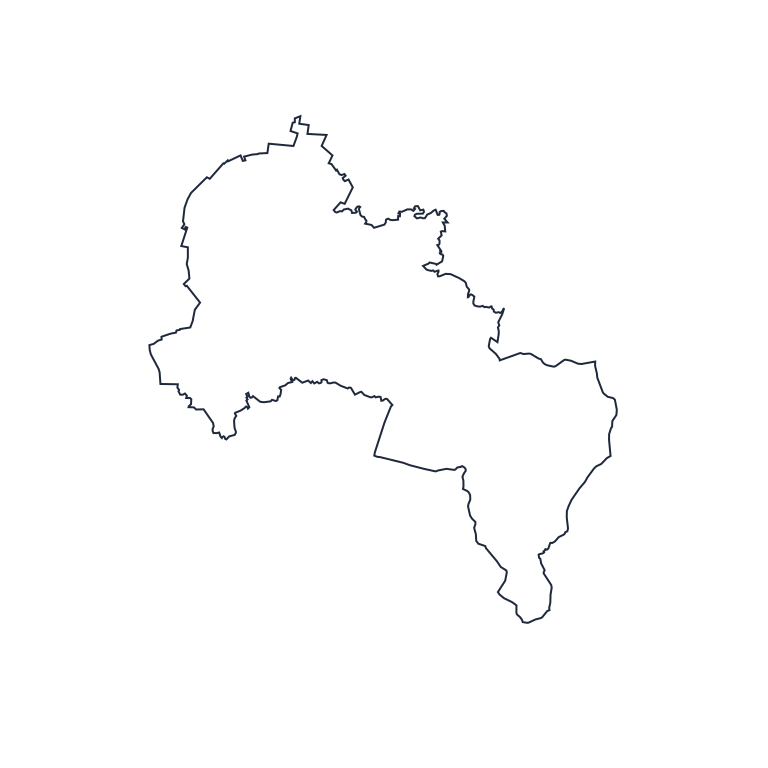 outline of Thach That, Ha Noi, Vietnam, rotated 245°
{"feature_id": "81297802B69837826881440", "entity_name": "Thach That", "entity_type": "district", "adm_level": 2, "iso_a3": "VNM", "parent_name": "Vietnam", "parent_adm1": "Ha Noi", "projection": "robinson", "projection_center": [105.527, 21.024], "detail": "fine", "context": "isolated", "style": "outline", "palette": "slate", "viewbox_px": 768, "rotation_deg": 245, "n_neighbors": 0, "source": "geoboundaries", "source_scale": "gbopen_adm2", "svg_char_len": 6166}
<svg xmlns="http://www.w3.org/2000/svg" viewBox="0 0 768 768"><g transform="rotate(245 384 384)"><path d="M109.6,409.1L107.1,412.7L106.6,414.3L106.6,421.8L105.6,427.0L105.7,428.7L109.2,435.9L109.1,438.4L111.2,439.0L115.5,442.3L122.5,445.8L128.5,449.9L131.1,450.6L144.8,448.7L146.0,449.2L147.3,450.9L154.9,450.6L159.6,451.8L160.9,451.1L164.0,452.0L164.1,453.2L163.4,456.2L163.7,457.9L164.9,457.9L165.2,459.6L166.0,460.1L166.1,460.6L165.0,461.6L165.4,463.4L169.6,467.4L169.6,468.2L168.8,469.1L169.0,472.1L171.4,477.7L171.5,483.1L171.9,484.5L173.1,485.8L173.0,487.9L175.3,489.7L186.0,493.3L191.5,496.0L195.2,499.6L199.8,505.1L206.8,517.0L210.4,524.8L213.6,529.3L218.7,538.7L219.7,541.7L219.7,547.0L222.7,554.8L223.0,558.9L238.4,564.4L243.5,566.9L248.1,571.2L248.8,572.6L253.9,575.3L257.7,581.5L262.2,584.1L272.1,586.6L274.4,585.7L277.8,581.4L282.3,579.2L283.9,578.8L299.7,580.0L303.3,581.3L311.3,583.0L315.1,584.9L318.6,571.6L320.4,568.4L326.0,563.4L329.4,558.7L329.6,557.3L327.8,547.9L327.7,546.1L328.2,544.8L332.3,539.5L334.2,538.0L336.4,537.1L340.2,536.7L341.8,534.8L349.1,529.9L350.2,528.5L352.2,523.1L354.5,520.6L356.5,498.9L358.1,499.3L364.0,498.1L371.8,494.7L374.0,494.9L380.0,499.2L380.7,500.5L374.0,504.5L380.5,508.9L383.5,510.4L387.2,511.2L388.4,513.3L391.7,513.6L397.3,520.7L401.9,524.9L401.5,523.8L399.9,522.0L399.2,519.5L400.6,518.3L401.3,515.5L403.2,514.2L405.1,514.8L406.8,513.9L408.8,514.3L409.1,513.8L408.9,511.5L410.7,509.2L411.2,507.5L413.1,506.5L413.5,503.8L414.9,501.4L417.0,499.2L419.2,499.0L420.9,499.8L425.0,502.8L427.3,501.7L428.6,500.5L428.5,499.4L427.1,497.3L427.2,496.7L430.1,498.2L432.6,500.7L433.7,501.1L437.3,500.1L441.1,500.9L443.1,500.3L448.2,496.9L455.4,490.8L457.8,486.4L458.1,480.0L458.7,478.5L461.0,478.8L462.8,481.0L463.9,481.3L464.4,477.2L466.2,476.5L466.5,474.7L468.9,471.7L469.9,470.8L474.5,469.3L474.3,474.9L474.8,476.8L470.8,481.9L469.9,482.0L470.6,488.5L475.1,491.9L476.7,491.7L477.1,490.8L478.5,489.9L479.1,489.9L479.2,491.0L480.5,491.1L480.0,492.0L480.4,492.1L487.3,491.0L487.1,492.9L487.9,493.7L490.7,495.0L492.8,494.5L494.3,499.0L498.1,499.9L498.0,501.2L496.4,504.0L501.8,505.9L505.5,505.6L503.5,509.9L508.3,508.5L509.8,512.0L512.1,512.7L514.4,511.4L515.6,511.4L516.6,509.0L516.4,507.2L514.3,506.0L514.0,505.4L514.6,504.1L520.1,504.5L520.2,502.3L519.2,498.8L519.3,494.8L517.0,491.2L517.7,489.4L519.4,487.6L520.2,483.8L523.3,482.5L524.4,483.6L524.4,485.7L522.0,491.2L522.8,492.6L523.8,493.2L525.4,493.3L526.1,490.2L530.9,489.9L531.9,487.5L530.7,485.4L529.5,486.1L528.5,483.8L530.8,482.3L532.4,479.0L532.5,473.0L533.8,470.8L532.5,469.2L531.5,470.5L529.3,469.3L530.2,467.8L527.0,466.2L528.8,461.1L530.1,459.0L532.0,457.8L532.2,456.5L532.1,455.3L529.5,453.7L528.3,451.7L529.8,441.0L533.4,439.9L537.3,434.7L538.5,436.6L539.6,437.1L540.9,436.6L543.8,436.6L545.1,434.8L547.1,434.1L552.8,435.1L553.9,435.9L554.5,437.2L555.4,436.7L556.0,434.7L554.6,432.1L554.1,431.7L551.6,432.3L551.1,431.0L552.5,427.3L555.2,427.8L558.2,425.4L559.1,421.3L558.2,418.9L559.3,417.1L559.4,413.6L560.5,412.5L562.9,411.9L567.0,421.4L563.9,424.5L575.4,438.8L584.3,438.3L584.4,434.2L586.5,433.5L588.1,433.6L589.0,437.2L591.0,436.9L591.4,433.7L592.9,432.3L598.1,431.9L597.7,430.8L605.4,429.4L607.4,427.2L612.9,433.9L626.1,428.1L634.0,437.2L643.0,420.3L650.5,425.2L655.7,417.2L662.1,421.4L662.4,415.4L658.9,413.8L659.4,411.7L652.8,406.2L647.6,411.6L644.7,409.3L638.0,402.5L650.5,381.1L642.6,375.9L645.8,368.0L645.7,366.7L647.6,361.6L649.2,353.3L645.3,352.9L645.9,350.3L651.8,350.6L651.7,336.9L652.7,336.9L651.2,332.3L651.9,331.7L643.6,312.8L646.2,310.8L638.7,289.8L634.4,284.0L628.0,277.7L616.4,270.6L613.2,270.6L610.9,266.7L608.2,268.8L610.2,270.5L608.9,271.8L594.7,258.6L590.8,264.0L581.3,259.6L576.1,255.9L569.5,254.9L561.8,252.2L559.2,244.8L556.5,245.5L556.3,246.8L535.5,251.7L531.2,243.9L521.8,237.1L517.1,232.3L520.0,222.4L519.4,221.9L520.2,218.6L518.5,217.1L519.8,212.0L520.9,202.3L518.3,201.3L518.8,197.5L517.7,192.2L518.4,187.8L513.7,186.0L509.3,185.2L493.0,186.1L489.5,185.6L478.5,181.4L470.9,197.0L468.0,195.2L465.3,195.8L464.3,194.7L460.5,194.8L459.3,197.1L459.5,199.6L456.7,200.4L454.9,198.8L453.4,202.2L451.6,202.9L447.2,200.5L446.4,197.8L445.6,197.1L443.1,201.9L440.3,202.9L437.3,209.8L420.8,212.6L417.5,211.7L415.7,209.7L413.7,208.8L411.6,208.7L410.2,211.6L409.7,214.1L405.6,213.6L403.6,214.2L404.3,215.1L404.4,216.5L403.5,217.1L401.3,216.9L400.4,217.7L401.9,221.5L401.0,227.2L402.4,229.1L403.3,229.6L407.4,230.0L414.1,232.6L416.0,234.1L417.5,236.6L420.3,236.4L420.8,236.9L420.5,242.6L421.1,247.2L421.9,249.5L420.6,250.4L419.2,250.3L419.8,252.1L427.2,252.3L427.7,253.8L429.8,253.6L430.1,254.7L433.2,254.9L433.4,257.3L429.7,256.7L428.5,256.9L427.8,257.4L427.7,258.5L428.4,260.1L420.2,264.3L418.2,267.5L416.2,273.9L417.0,275.8L414.3,278.8L414.3,280.4L417.5,282.8L416.7,284.1L418.6,286.0L422.1,288.3L424.6,287.5L425.1,288.3L424.5,293.9L425.5,297.4L424.6,301.6L428.3,301.6L429.0,302.5L426.3,302.9L425.6,303.5L425.7,304.7L427.0,305.8L426.9,306.7L419.7,310.5L419.2,316.7L415.8,318.1L416.8,320.3L414.0,321.0L414.2,324.4L412.1,325.3L411.7,326.7L412.1,328.2L414.0,329.0L413.8,331.3L411.6,333.8L409.1,333.4L408.4,333.7L407.3,335.6L406.7,338.8L405.8,340.6L400.7,344.0L395.3,349.2L395.6,350.9L394.5,352.4L386.6,353.2L386.8,358.8L386.5,360.2L382.4,361.5L377.7,366.1L377.1,367.2L377.1,370.2L375.4,370.8L374.8,373.8L373.7,375.4L369.9,374.5L369.5,376.0L370.0,378.5L369.7,379.7L369.0,380.5L361.4,382.7L360.7,380.8L348.9,368.2L326.1,347.0L323.2,344.9L320.7,347.3L319.6,349.3L304.4,368.2L299.5,373.1L290.5,384.0L283.0,393.8L282.7,396.8L280.7,404.8L276.4,411.5L276.4,412.9L277.3,414.8L277.0,416.8L276.3,418.4L276.7,418.9L276.5,420.2L274.1,421.7L272.5,422.0L270.8,421.4L269.3,418.8L266.8,415.9L262.8,415.1L257.5,412.7L255.5,411.2L251.6,414.4L249.9,415.0L246.9,415.1L242.7,413.3L239.4,409.7L237.4,408.4L228.3,406.4L224.6,406.9L220.4,408.5L218.3,407.6L215.6,404.9L209.2,403.8L202.8,401.3L199.4,402.0L194.3,407.3L192.2,407.0L175.7,411.4L168.8,412.5L163.3,416.1L161.4,415.7L154.5,410.7L147.3,399.3L144.5,399.7L139.2,402.2L132.0,408.0L127.4,410.5L120.7,407.3L119.0,407.1L114.9,408.9L111.7,409.4L109.6,409.1Z" fill="none" stroke="#1e293b" stroke-width="2"/></g></svg>